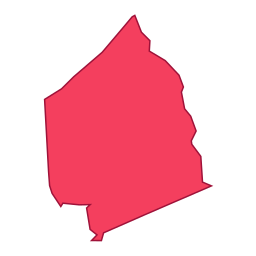 Scott, Kentucky, United States of America (Robinson projection)
{"feature_id": "52423323B62206076299772", "entity_name": "Scott", "entity_type": "district", "adm_level": 2, "iso_a3": "USA", "parent_name": "United States of America", "parent_adm1": "Kentucky", "projection": "robinson", "projection_center": [-84.575, 38.305], "detail": "fine", "context": "isolated", "style": "filled", "palette": "rose", "viewbox_px": 256, "rotation_deg": 0, "n_neighbors": 0, "source": "geoboundaries", "source_scale": "gbopen_adm2", "svg_char_len": 547}
<svg xmlns="http://www.w3.org/2000/svg" viewBox="0 0 256 256"><path d="M123.4,27.3L102.2,52.3L73.7,76.8L61.6,88.8L44.6,99.4L48.6,172.0L49.6,185.6L52.1,193.4L60.8,206.5L62.9,203.2L79.2,204.8L90.2,204.6L86.6,208.0L90.1,229.4L97.0,234.9L91.6,240.5L101.4,240.6L103.6,232.8L143.9,215.1L211.4,185.9L202.5,182.1L200.8,156.4L191.8,144.3L191.3,140.8L196.1,131.0L190.7,116.2L184.6,108.8L181.4,92.1L183.4,87.0L179.0,75.2L165.2,60.6L149.3,51.1L149.9,40.7L141.4,32.2L134.8,15.4L132.2,16.8L123.4,27.3Z" fill="#f43f5e" stroke="#9f1239" stroke-width="1.5"/></svg>